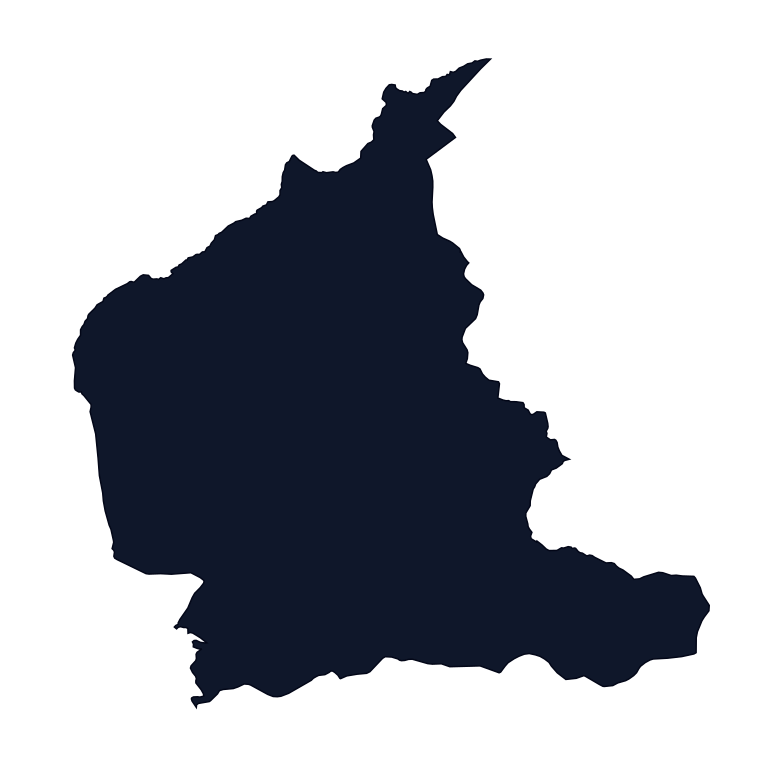 the district of Saquisili, Cotopaxi, Ecuador, rotated 266°
{"feature_id": "8360857B28418888111721", "entity_name": "Saquisili", "entity_type": "district", "adm_level": 2, "iso_a3": "ECU", "parent_name": "Ecuador", "parent_adm1": "Cotopaxi", "projection": "albers", "projection_center": [-78.717, -0.836], "detail": "fine", "context": "isolated", "style": "filled", "palette": "ink", "viewbox_px": 768, "rotation_deg": 266, "n_neighbors": 0, "source": "geoboundaries", "source_scale": "gbopen_adm2", "svg_char_len": 6065}
<svg xmlns="http://www.w3.org/2000/svg" viewBox="0 0 768 768"><g transform="rotate(266 384 384)"><path d="M74.5,174.2L77.1,174.7L78.3,176.6L79.4,187.6L80.2,188.9L86.5,196.3L89.6,198.5L90.5,202.3L90.7,212.4L92.0,217.2L94.5,223.6L93.9,227.8L93.1,229.8L82.5,246.3L80.0,251.6L79.5,255.7L79.7,259.4L82.1,267.3L93.5,290.8L95.4,293.0L96.8,295.8L97.9,298.5L98.2,304.8L100.1,309.1L101.4,310.9L101.2,312.8L99.6,314.9L96.7,317.7L93.4,319.5L93.1,320.1L95.4,326.5L96.4,337.0L96.6,346.5L98.0,349.9L110.4,363.4L111.9,366.2L111.1,372.6L108.8,378.6L107.4,380.3L106.8,382.1L106.8,385.4L107.6,389.3L107.5,393.0L102.0,408.2L101.2,412.7L100.9,421.7L97.4,429.9L96.1,460.2L87.9,478.7L88.5,480.3L94.1,485.1L97.3,488.3L100.9,494.7L103.0,499.6L104.7,505.1L105.0,510.1L103.3,516.0L101.4,520.7L98.5,525.0L94.8,529.2L90.9,531.3L83.8,536.7L76.6,544.8L77.0,555.3L79.1,562.9L78.6,564.2L69.3,577.8L67.2,581.2L66.9,582.6L67.2,591.2L69.5,596.4L71.2,604.3L72.7,607.8L75.7,612.7L78.4,615.8L82.5,618.5L84.5,620.2L87.9,625.2L90.1,630.0L90.9,633.3L90.7,647.9L91.3,662.0L93.1,674.4L94.2,676.6L109.2,677.8L115.1,679.4L125.6,684.6L129.2,687.2L135.1,692.3L140.5,693.0L150.7,687.4L152.5,686.6L158.7,685.3L168.7,681.1L170.5,679.7L171.7,668.1L172.9,662.2L172.9,657.2L176.3,648.9L177.0,644.7L173.5,629.6L171.8,625.4L171.7,619.6L175.1,617.3L181.8,609.4L184.0,605.5L186.1,603.2L188.8,601.2L189.9,598.4L190.0,593.0L196.4,582.1L198.3,579.7L199.0,577.2L198.4,574.7L198.6,573.9L201.4,570.2L202.0,567.9L203.3,566.1L206.7,563.7L207.1,562.7L206.8,560.2L208.2,559.3L208.9,556.4L207.8,551.8L208.2,549.6L205.9,545.0L206.3,537.1L208.0,534.4L212.4,530.4L216.7,525.6L215.7,525.2L219.4,520.0L222.0,519.6L225.7,521.2L229.4,518.8L231.8,517.8L234.3,517.7L242.1,516.2L245.4,516.5L252.4,521.3L257.3,521.8L268.8,525.5L270.9,527.1L273.7,528.3L278.1,532.6L280.5,540.0L283.0,543.0L286.6,545.1L288.1,550.0L292.1,556.3L294.1,557.3L295.1,558.8L296.0,563.6L300.4,556.5L305.0,554.3L309.0,553.0L313.6,552.6L315.9,551.5L316.8,550.3L316.7,546.1L319.8,542.2L323.4,543.1L325.6,542.5L328.4,544.3L330.0,544.7L333.4,544.6L343.9,542.9L344.7,541.6L345.6,534.5L343.4,530.9L343.1,529.4L343.4,528.5L344.2,527.6L347.9,526.0L350.3,522.5L351.0,522.2L353.8,522.3L355.7,521.3L357.1,514.5L357.6,508.7L358.7,507.3L358.8,504.5L359.7,501.6L362.1,496.6L376.2,499.2L378.2,498.4L380.5,488.9L383.9,485.4L387.2,482.9L392.3,480.8L393.7,478.9L396.8,471.0L398.9,467.0L403.4,468.9L409.4,469.8L412.2,469.3L419.7,465.3L422.7,464.8L425.3,465.2L433.8,469.1L442.8,479.9L446.6,481.8L456.2,484.2L459.2,485.7L462.4,488.6L466.0,489.6L468.0,489.0L470.9,487.0L476.9,478.4L483.4,472.6L485.5,471.4L488.3,471.0L492.9,472.4L496.5,474.6L498.9,477.0L500.3,475.7L505.1,472.4L510.6,470.0L510.5,469.3L511.9,469.5L513.9,468.7L519.9,462.3L521.9,459.5L525.5,452.8L529.4,447.6L549.7,444.9L556.6,444.5L562.2,444.6L576.9,446.4L583.1,446.8L588.5,446.4L594.4,445.5L605.2,441.7L625.0,472.5L629.0,470.0L639.1,458.6L642.9,455.5L651.0,462.7L656.9,469.7L661.2,473.5L666.0,476.4L671.5,481.0L691.7,502.4L700.7,512.9L701.1,508.7L700.3,502.9L699.4,500.0L700.0,497.2L698.1,494.3L697.6,489.8L695.3,485.5L693.9,481.0L690.8,477.3L690.1,474.8L691.0,472.0L687.9,470.9L688.4,468.6L686.5,467.1L686.5,463.7L684.5,459.2L684.7,454.8L683.6,452.8L677.8,450.8L676.3,447.8L674.9,446.4L673.4,446.0L672.0,444.6L672.0,440.3L670.6,437.4L671.8,432.6L673.1,431.6L674.0,430.1L672.2,428.3L674.3,426.1L673.8,424.3L675.0,422.8L675.6,419.9L677.8,417.0L679.1,416.2L681.5,416.0L682.3,412.6L682.1,410.1L678.8,406.6L675.2,404.1L668.6,402.1L664.7,405.8L661.8,405.8L658.8,401.9L653.1,400.1L651.4,399.1L650.6,397.8L649.7,394.4L647.9,392.6L642.4,390.3L640.9,390.3L636.5,391.7L633.3,390.9L628.4,390.9L626.2,388.3L625.0,384.7L617.7,377.3L611.0,376.5L606.6,369.2L604.4,361.8L602.8,358.2L601.1,355.3L598.6,353.2L598.4,350.6L599.2,348.0L598.8,341.3L600.0,337.9L599.2,336.6L599.7,332.7L601.3,331.2L602.0,329.6L613.1,315.1L618.5,310.3L618.5,309.2L617.8,308.1L612.5,305.0L611.4,302.4L609.6,301.0L604.3,299.8L601.9,298.2L597.9,297.0L593.3,296.6L590.3,295.5L587.0,295.7L584.3,293.8L580.1,293.5L578.0,292.1L574.5,287.2L573.8,285.4L573.8,280.9L570.9,279.2L569.9,275.5L568.5,274.3L566.3,269.6L565.4,269.0L562.8,268.8L562.6,267.0L560.7,263.0L558.5,261.4L559.0,258.0L557.3,253.6L556.3,247.4L554.9,245.3L552.5,239.7L546.6,232.5L545.8,230.1L544.6,228.8L543.8,226.3L539.7,224.8L536.5,221.5L533.7,220.0L532.4,217.0L528.4,214.5L528.4,212.0L526.1,209.0L526.4,206.7L526.2,205.4L524.1,202.1L523.5,197.5L521.4,196.1L521.5,195.0L517.9,190.5L517.1,188.0L515.1,186.7L514.9,184.6L512.2,179.6L510.7,179.5L508.7,181.1L505.1,176.2L505.2,174.1L504.5,172.3L504.5,171.2L505.6,168.7L504.0,166.2L504.7,164.9L504.7,161.0L505.4,159.2L508.8,156.7L509.7,151.4L508.5,148.5L503.2,142.2L503.1,141.1L503.9,138.9L503.7,137.4L502.0,134.9L497.2,122.8L491.9,114.7L491.2,114.4L489.9,112.8L489.2,110.6L485.9,109.4L483.1,103.4L479.8,100.9L474.3,94.5L473.0,93.6L469.9,92.8L467.5,90.2L464.2,88.8L462.4,87.0L459.3,85.1L453.8,84.7L450.0,81.6L446.3,79.4L441.6,77.7L439.3,78.4L437.0,76.3L434.6,75.4L421.8,77.4L408.8,75.4L401.5,75.0L399.7,75.7L398.5,77.2L397.3,79.0L397.2,81.6L395.3,82.0L393.3,83.9L384.0,90.4L381.3,90.2L376.9,88.9L354.3,92.9L330.1,93.6L312.4,93.7L294.9,95.8L286.9,95.9L276.9,97.0L262.3,100.0L258.1,101.5L246.6,103.2L244.9,103.3L238.7,101.3L237.2,102.7L235.3,103.4L231.0,102.5L229.1,103.2L227.4,105.6L211.4,133.4L210.8,136.3L210.4,147.9L209.1,158.7L209.2,178.2L203.7,187.2L200.7,190.5L199.5,190.7L197.9,190.2L193.5,186.3L188.5,180.6L184.3,177.8L174.2,172.7L163.4,164.0L160.0,162.0L158.7,162.0L157.6,159.4L156.2,157.9L154.2,160.0L155.7,161.8L156.1,164.1L155.0,167.4L154.9,169.6L153.7,171.3L149.0,171.1L149.6,173.4L148.9,175.8L143.6,183.2L138.2,189.1L138.2,187.0L139.1,182.8L141.3,178.9L141.4,176.7L140.1,174.9L137.9,175.8L135.1,175.4L133.5,178.7L132.7,180.8L132.6,183.1L132.1,183.3L129.4,178.8L127.5,177.7L123.2,177.7L121.1,176.9L116.3,171.9L114.1,171.1L109.6,172.9L105.6,175.7L103.1,176.3L101.1,175.6L98.9,175.5L91.8,180.3L87.7,182.2L85.3,182.5L84.5,178.6L85.0,176.1L85.1,172.0L84.2,170.2L83.3,169.9L81.1,170.4L74.5,174.2Z" fill="#0f172a" stroke="#020617" stroke-width="1.5"/></g></svg>